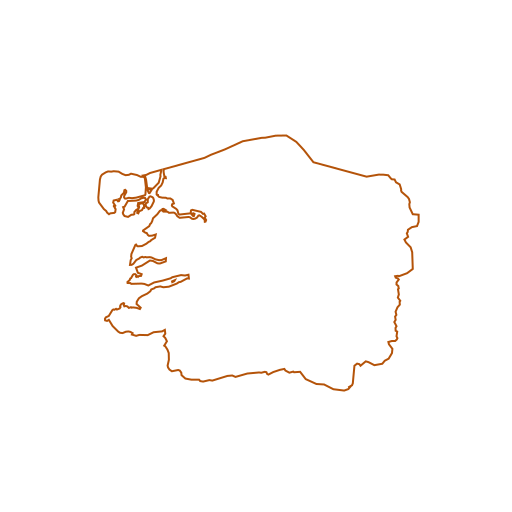 the district of Boke, Boke, Guinea, rotated 45°
{"feature_id": "49546643B57120226425021", "entity_name": "Boke", "entity_type": "district", "adm_level": 2, "iso_a3": "GIN", "parent_name": "Guinea", "parent_adm1": "Boke", "projection": "albers", "projection_center": [-14.504, 11.069], "detail": "fine", "context": "isolated", "style": "outline", "palette": "amber", "viewbox_px": 512, "rotation_deg": 45, "n_neighbors": 0, "source": "geoboundaries", "source_scale": "gbopen_adm2", "svg_char_len": 6154}
<svg xmlns="http://www.w3.org/2000/svg" viewBox="0 0 512 512"><g transform="rotate(45 256 256)"><path d="M378.2,307.9L389.2,303.8L395.0,298.7L404.9,295.5L413.5,288.8L415.4,284.8L415.2,282.2L414.2,283.7L415.3,279.5L414.5,277.6L403.2,264.0L403.6,260.6L405.6,259.4L407.5,259.7L408.1,252.9L410.6,251.5L416.9,249.5L421.5,242.9L421.1,239.0L422.4,234.8L420.8,228.5L418.1,225.2L412.4,224.4L410.4,223.2L412.2,220.0L414.5,217.7L414.6,215.5L414.1,214.1L412.1,213.4L409.3,209.6L407.6,210.1L405.5,208.2L405.0,206.3L400.5,204.9L399.9,202.4L397.2,200.5L396.9,198.4L394.1,196.7L392.3,192.2L392.1,188.7L389.9,186.8L389.7,185.7L385.7,185.1L384.2,182.2L379.9,179.1L379.9,178.0L377.8,176.6L375.5,176.8L374.1,175.3L373.6,171.7L372.1,171.6L370.1,172.5L368.7,171.9L370.4,169.6L371.4,169.2L375.0,161.3L376.0,154.3L363.8,142.9L359.2,140.5L352.4,140.4L349.3,139.4L350.0,134.9L346.6,133.3L346.3,131.8L344.9,130.0L345.8,125.4L348.7,121.0L346.9,116.9L341.8,111.8L337.3,115.6L330.3,113.1L327.7,110.9L326.8,109.2L323.9,107.5L321.7,107.1L313.6,107.7L312.3,107.1L311.4,106.1L307.0,103.8L302.9,104.9L299.9,103.9L297.8,105.7L296.5,105.8L292.4,105.4L288.6,108.4L285.2,111.7L278.1,121.7L230.3,149.1L214.8,147.2L203.8,146.8L192.3,149.3L184.9,156.9L178.9,165.8L176.4,168.5L165.5,184.2L158.6,202.7L152.6,216.2L150.2,223.0L129.4,259.8L131.2,261.9L134.9,264.5L136.0,263.9L137.2,264.7L136.1,265.6L135.9,266.8L138.0,270.0L139.1,273.2L139.0,276.6L140.3,280.8L142.3,282.8L143.1,282.8L143.6,282.2L144.5,282.8L145.8,282.7L148.5,281.0L151.0,278.6L152.7,278.0L154.7,275.9L157.4,275.3L160.8,276.9L160.1,278.7L160.7,279.7L161.7,280.1L166.3,279.1L168.1,279.2L171.1,280.9L172.5,280.9L179.3,272.4L179.3,271.6L177.8,269.8L178.3,268.4L185.9,263.7L188.7,263.7L189.3,262.7L192.3,263.5L192.6,265.2L195.3,265.8L196.0,267.4L195.6,268.0L193.9,266.6L189.6,266.7L187.2,267.3L186.7,268.1L187.1,270.6L186.6,272.5L185.6,274.1L184.5,274.9L182.0,275.3L180.8,276.0L175.0,283.0L172.2,283.5L170.0,283.0L167.9,283.1L167.0,283.6L163.9,287.0L162.0,287.3L159.1,290.1L157.2,290.1L156.4,290.9L156.1,292.2L156.7,296.3L156.5,302.1L158.0,304.9L158.7,307.1L158.5,308.1L159.4,310.4L158.1,317.8L158.5,318.3L161.5,317.7L162.4,317.0L164.6,317.6L166.1,317.4L168.2,315.0L169.9,311.7L171.7,314.5L170.6,319.1L170.8,320.2L170.1,322.0L169.8,324.8L168.3,329.6L165.6,332.7L164.9,333.0L163.1,332.7L162.9,333.5L166.5,342.7L168.2,344.8L169.7,345.5L170.3,347.5L173.2,351.4L174.3,350.2L174.8,348.3L174.2,343.5L175.2,340.2L175.2,339.1L176.1,337.0L177.5,336.5L178.5,334.9L179.6,334.3L181.7,331.9L183.2,330.9L187.2,329.5L190.1,327.7L192.0,325.9L193.9,321.2L196.0,323.6L193.5,329.0L192.7,329.9L191.4,330.9L186.6,332.4L184.2,334.2L182.1,343.5L179.4,349.1L184.3,351.4L188.0,349.7L188.8,351.3L187.2,353.3L187.3,354.2L186.4,354.3L186.2,355.4L185.7,355.4L185.0,354.2L183.3,354.3L182.4,355.4L182.3,356.4L183.3,360.0L183.0,360.9L183.7,362.4L183.5,365.3L184.3,365.9L186.3,364.0L187.5,363.9L194.5,356.5L196.8,354.7L200.7,353.0L202.7,346.7L207.4,339.4L211.4,332.1L211.8,330.2L216.5,322.5L219.6,320.0L221.5,317.0L224.5,319.4L223.1,320.6L221.0,327.6L220.0,329.0L219.5,331.5L216.1,339.3L212.6,343.6L209.8,345.2L207.0,349.2L206.9,350.8L205.6,353.7L206.2,355.7L205.7,359.5L203.7,365.1L203.1,368.7L204.0,372.6L205.5,374.4L211.0,374.1L211.4,375.6L208.2,377.1L205.3,379.4L204.6,380.5L203.8,380.6L202.8,382.6L200.7,382.6L199.2,383.5L198.5,384.7L197.3,384.3L196.3,382.8L195.5,383.1L194.8,385.2L195.0,386.8L195.5,387.7L196.3,387.9L196.7,389.5L195.5,392.2L194.4,392.3L193.9,394.1L192.9,394.7L192.7,395.8L194.3,402.5L193.2,405.6L193.6,407.2L194.8,408.2L196.6,407.2L197.1,405.2L204.1,406.9L212.1,406.9L214.2,406.4L216.2,404.8L217.5,401.6L219.1,399.6L220.8,398.5L223.3,397.8L223.8,399.3L227.7,397.2L229.3,394.3L235.4,388.5L237.5,382.3L242.9,375.7L243.8,372.7L246.8,375.1L247.3,378.1L249.8,378.1L253.3,379.3L254.5,384.3L255.8,384.0L259.5,384.8L262.9,386.3L267.8,391.0L271.0,396.0L272.6,397.0L275.1,397.5L278.0,397.0L281.6,391.6L283.1,390.9L285.6,391.3L287.6,392.9L292.7,392.6L297.8,389.1L303.2,383.7L305.0,383.9L307.4,382.2L310.8,376.7L313.2,375.0L320.6,361.0L323.7,357.3L327.0,356.0L333.0,345.2L340.5,336.2L342.3,334.8L344.1,331.7L345.5,330.8L347.2,331.5L348.6,331.1L350.3,325.8L353.4,319.6L355.9,315.8L357.8,316.2L362.1,314.9L364.1,311.4L365.1,311.3L369.1,306.7L378.2,307.9ZM130.0,299.5L134.5,291.6L134.3,290.7L129.6,285.3L122.3,279.5L120.5,279.5L118.5,281.5L114.6,282.9L109.4,286.2L108.7,288.5L106.6,291.1L103.4,292.5L99.2,293.5L95.4,296.7L94.1,298.6L91.6,300.8L90.6,303.1L89.6,307.4L90.0,309.6L91.5,312.2L103.0,326.0L105.5,328.2L107.2,329.2L115.3,330.4L118.3,330.1L120.0,330.6L122.5,330.4L122.8,328.9L125.3,325.7L125.4,324.5L123.6,322.1L122.3,321.9L121.6,321.2L120.5,321.5L120.1,321.1L120.7,319.9L117.2,319.2L116.1,317.4L117.8,314.7L119.8,314.9L120.3,314.1L119.9,312.8L118.9,312.6L119.4,311.9L118.9,309.9L117.9,308.4L117.9,304.7L116.4,302.5L116.7,301.7L118.2,301.7L119.2,302.7L120.3,306.7L121.1,307.7L122.5,308.1L123.4,307.5L124.9,304.8L127.4,302.8L130.0,299.5ZM134.8,320.7L137.9,318.8L138.7,315.0L140.2,313.2L140.3,312.4L138.9,310.9L138.7,308.2L139.3,306.0L138.7,304.8L136.9,304.3L135.2,301.8L138.9,296.8L138.3,293.9L136.6,293.4L135.2,294.5L134.1,296.4L133.4,299.3L132.1,301.5L126.5,307.7L128.2,314.1L127.5,315.4L129.7,316.3L131.3,319.7L132.7,320.4L134.8,320.7ZM135.4,273.0L132.1,267.1L131.0,266.3L128.2,261.9L122.4,272.2L121.1,276.2L119.4,278.7L121.6,278.3L124.2,279.7L130.1,284.2L131.3,284.6L135.1,281.7L135.5,280.7L135.4,273.0ZM147.2,297.6L146.9,294.6L145.2,289.7L144.3,288.7L142.5,287.7L141.3,287.6L139.2,288.4L138.7,289.4L139.3,292.3L141.5,294.6L140.9,296.7L141.4,297.4L143.1,298.7L144.9,298.7L145.6,298.2L146.8,298.8L147.2,297.6ZM141.5,309.5L142.6,309.1L141.8,306.9L142.9,304.2L142.2,301.8L142.9,301.1L140.4,298.9L139.2,298.8L137.5,299.9L136.5,302.6L138.8,304.0L140.5,307.9L141.5,309.5ZM136.3,286.8L135.5,283.3L134.0,283.8L132.6,285.1L132.6,285.8L133.4,286.4L135.7,287.2L136.3,286.8ZM183.4,272.2L183.8,271.7L182.8,269.7L181.6,270.0L180.8,271.3L181.0,272.1L183.4,272.2ZM159.7,288.4L159.7,287.4L157.3,288.0L156.6,288.9L156.8,289.4L157.8,289.7L159.7,288.4ZM216.0,331.6L215.7,330.5L214.6,333.3L215.3,333.7L216.0,331.6Z" fill="none" stroke="#b45309" stroke-width="2"/></g></svg>